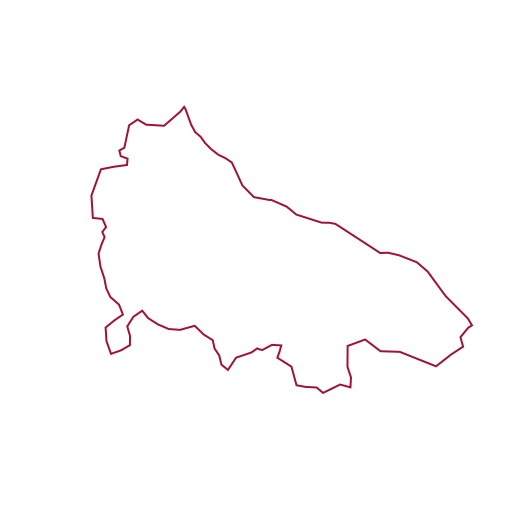 SVG path tracing the border of Ruse, rotated 67°
{"feature_id": "BGR-2262", "entity_name": "Ruse", "entity_type": "Province", "adm_level": 1, "iso_a3": "BGR", "parent_name": "Bulgaria", "parent_adm1": "", "projection": "natural_earth1", "projection_center": [25.944, 43.687], "detail": "fine", "context": "isolated", "style": "outline", "palette": "rose", "viewbox_px": 512, "rotation_deg": 67, "n_neighbors": 0, "source": "natural_earth", "source_scale": "10m", "svg_char_len": 1402}
<svg xmlns="http://www.w3.org/2000/svg" viewBox="0 0 512 512"><g transform="rotate(67 256 256)"><path d="M109.7,264.4L118.1,263.6L124.9,260.3L131.9,258.8L140.2,255.5L148.1,251.1L153.9,246.0L160.5,241.7L183.2,241.0L185.7,241.0L201.0,234.9L209.6,221.9L210.3,220.1L222.5,208.5L233.6,202.7L251.0,182.5L253.9,175.8L257.4,170.4L301.8,140.5L304.5,133.3L311.0,124.3L324.6,110.4L337.3,104.1L367.1,97.1L396.2,85.4L404.2,84.3L405.0,88.8L410.6,99.5L420.4,100.8L422.9,114.9L427.9,133.4L400.4,161.1L392.3,178.6L375.5,188.2L374.6,206.8L393.7,215.1L404.9,216.0L413.8,220.4L407.2,228.8L408.2,247.8L400.8,251.5L395.7,261.8L390.8,269.2L371.7,266.6L358.0,276.1L353.0,271.5L348.2,267.7L344.0,276.1L345.0,286.8L343.4,289.2L341.5,291.1L342.3,294.4L343.0,298.0L341.8,314.1L349.9,326.3L342.5,330.3L333.2,328.7L325.0,330.3L316.6,328.7L307.9,334.8L296.3,339.7L294.3,354.8L289.1,364.9L280.5,373.1L271.0,379.6L261.9,382.1L264.0,392.6L270.5,402.0L280.4,403.2L288.8,406.9L290.1,417.1L289.4,427.7L275.9,426.9L263.1,422.4L259.9,411.4L257.9,401.4L247.2,401.1L236.9,406.1L227.2,406.5L217.6,404.4L204.8,403.3L192.3,400.0L185.0,393.7L179.5,388.0L173.8,388.1L170.8,382.7L161.9,382.8L157.2,391.3L136.1,383.9L115.6,364.9L118.2,352.4L121.8,339.2L116.2,336.2L111.2,341.5L105.5,340.6L104.9,334.9L86.1,321.7L84.1,311.7L92.2,305.8L100.2,289.7L93.5,269.2L90.7,263.9L93.1,263.5L109.7,264.4Z" fill="none" stroke="#9f1239" stroke-width="2"/></g></svg>